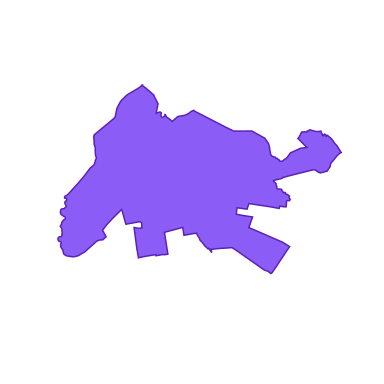 outline of Halmeu, Satu Mare, Romania, rotated 37°
{"feature_id": "2599482B67315502601683", "entity_name": "Halmeu", "entity_type": "district", "adm_level": 2, "iso_a3": "ROU", "parent_name": "Romania", "parent_adm1": "Satu Mare", "projection": "mercator", "projection_center": [23.064, 47.974], "detail": "fine", "context": "isolated", "style": "filled", "palette": "violet", "viewbox_px": 384, "rotation_deg": 37, "n_neighbors": 0, "source": "geoboundaries", "source_scale": "gbopen_adm2", "svg_char_len": 5895}
<svg xmlns="http://www.w3.org/2000/svg" viewBox="0 0 384 384"><g transform="rotate(37 192 192)"><path d="M111.8,301.6L113.0,302.8L113.5,304.1L113.9,304.5L114.4,304.9L114.6,305.7L114.4,306.4L113.2,307.3L112.9,308.1L112.7,308.9L112.9,309.8L113.6,310.6L114.6,311.3L115.7,311.4L116.0,311.3L116.9,310.7L117.5,310.7L117.8,310.9L118.2,311.6L118.4,312.4L118.8,313.1L119.8,314.3L120.2,314.7L121.2,315.2L123.4,316.0L124.6,316.8L125.9,318.0L126.8,318.6L128.0,318.8L128.7,318.6L129.2,318.7L130.4,318.4L135.3,315.8L136.3,315.1L137.6,313.8L139.1,311.9L140.0,310.3L141.1,307.4L142.3,304.8L145.6,288.4L146.9,286.2L149.6,283.8L150.3,279.4L143.6,276.4L143.6,269.3L144.3,262.5L144.7,259.4L146.3,248.4L147.3,248.9L158.6,257.5L168.1,247.2L170.3,246.9L173.6,251.0L170.7,253.4L167.1,255.2L181.2,269.6L183.3,271.7L184.5,272.6L186.1,274.3L187.5,275.5L188.8,276.8L191.3,273.8L194.1,270.8L200.8,263.8L201.6,264.6L206.7,259.1L207.4,259.0L210.2,256.2L194.3,240.8L195.7,238.9L203.4,229.1L204.1,228.1L204.8,227.2L205.6,226.2L206.0,225.9L211.6,231.4L213.6,229.4L213.6,229.2L217.2,225.4L217.7,224.7L220.5,222.2L221.8,223.0L223.6,223.8L225.5,224.4L225.8,224.5L227.3,225.6L227.9,225.8L228.7,225.9L229.6,225.9L233.0,226.8L234.3,227.3L236.5,227.5L238.9,227.8L239.1,227.0L244.3,228.5L242.9,227.3L241.4,226.6L247.1,221.3L254.3,215.1L256.4,213.2L257.6,212.4L257.8,212.3L261.7,212.0L282.4,211.3L295.8,210.9L297.6,210.6L299.6,209.8L300.2,209.7L301.5,209.6L303.9,209.7L304.4,208.8L304.5,208.5L304.5,207.7L304.1,199.2L303.8,194.8L303.6,190.8L303.4,188.0L303.4,186.9L303.0,181.5L303.0,180.2L302.8,176.9L294.5,177.6L277.0,181.8L267.4,184.1L258.8,186.2L258.7,185.7L257.7,182.5L257.4,181.8L255.4,175.5L247.9,179.5L240.8,183.1L237.4,177.5L246.3,172.6L244.4,167.0L264.4,156.2L271.5,152.7L270.6,150.5L275.0,148.1L276.1,147.1L273.3,142.8L273.0,142.4L272.9,142.1L273.0,141.9L273.2,141.6L273.8,141.0L274.6,140.7L275.0,140.4L275.1,140.0L274.9,138.9L274.7,138.7L273.4,138.3L272.9,138.0L272.6,137.6L272.2,136.6L271.8,136.5L270.8,136.6L270.0,136.6L269.4,136.6L269.0,136.8L268.7,137.2L268.3,137.3L267.9,137.1L267.3,136.6L266.8,136.3L266.7,136.3L266.3,136.5L266.1,136.7L265.7,137.3L265.3,137.6L265.1,137.6L264.5,137.1L264.1,136.9L263.1,136.9L262.9,136.8L262.4,136.1L262.1,136.0L261.3,136.2L260.0,137.0L259.3,137.7L258.3,138.1L258.1,138.2L257.6,138.0L257.4,137.7L256.3,136.5L255.9,136.1L255.7,136.0L254.9,135.9L254.6,135.6L254.3,134.9L254.1,134.7L253.2,134.5L252.3,134.6L252.2,134.5L251.7,134.4L251.3,134.5L250.7,134.2L250.1,133.8L255.8,126.8L255.8,126.6L255.7,126.6L255.6,126.0L263.7,115.8L272.7,104.7L273.0,104.3L273.2,103.9L273.4,103.9L273.9,103.2L275.7,101.1L276.1,100.8L276.8,100.3L277.5,100.3L277.7,100.2L279.6,100.1L279.4,100.0L280.8,99.9L282.2,99.8L282.9,99.6L283.9,98.4L285.1,97.1L285.4,96.6L286.4,95.0L287.3,94.3L287.3,93.3L287.3,92.7L287.0,91.2L287.0,90.9L287.2,89.7L287.1,88.9L286.2,86.8L285.6,85.6L285.6,84.1L285.8,83.4L286.0,76.3L286.7,72.1L287.5,70.7L283.0,69.0L279.6,67.7L279.3,67.7L276.4,67.2L273.8,66.2L272.4,66.0L271.3,65.9L271.3,65.5L266.9,65.3L266.2,65.3L266.1,65.2L265.6,65.6L265.6,65.8L265.6,66.3L265.8,66.5L265.6,66.8L265.3,66.5L264.5,66.0L263.1,65.9L262.9,66.7L262.7,67.2L263.2,67.6L263.1,68.2L261.9,68.0L258.3,65.8L256.5,67.7L253.8,69.5L248.6,71.4L248.3,73.1L247.3,74.0L247.8,74.7L247.2,75.4L246.6,75.7L245.9,76.0L244.2,77.6L243.5,78.1L244.4,83.4L244.4,85.6L246.9,85.8L247.3,85.9L257.0,87.3L252.3,91.8L247.5,100.8L247.1,101.1L247.0,101.9L247.1,102.6L247.1,105.3L247.2,106.1L247.2,106.9L247.0,108.3L246.0,111.2L245.9,111.9L245.5,113.3L244.8,113.6L243.6,114.5L242.9,114.5L242.3,114.0L241.6,113.9L241.1,114.1L240.4,114.1L239.9,113.9L238.8,114.5L238.1,114.2L237.4,114.1L235.9,114.9L233.8,115.2L233.2,114.9L232.4,114.8L228.5,111.2L227.5,110.1L225.2,108.2L224.0,107.3L219.6,105.8L217.9,105.2L203.0,107.3L194.6,113.8L188.6,118.3L179.5,120.0L145.9,125.8L144.9,125.8L144.3,125.7L144.3,126.0L143.7,126.7L142.7,128.5L142.5,129.5L142.1,130.9L141.7,132.0L140.3,134.7L139.9,135.3L139.2,136.0L137.3,138.0L136.1,139.2L135.6,139.9L135.2,140.7L134.9,141.4L134.7,142.7L134.1,145.6L133.9,147.1L133.9,147.4L133.6,147.6L132.8,147.4L131.5,147.3L128.3,147.3L126.5,147.4L125.9,147.3L125.0,146.6L124.5,146.4L124.1,146.3L123.8,146.4L124.2,147.3L124.3,148.1L124.2,148.9L124.0,149.5L123.2,150.2L122.6,150.4L122.0,150.4L121.5,149.9L120.9,149.2L120.4,148.3L120.0,147.3L118.7,147.2L118.4,147.3L118.0,147.7L116.3,150.0L116.1,150.6L115.7,150.1L111.8,142.0L103.8,138.1L103.5,137.6L95.6,137.0L91.4,136.8L87.8,136.8L87.8,136.7L87.4,137.1L87.7,137.6L87.7,137.9L87.6,138.5L86.8,141.0L85.7,143.8L82.3,151.9L82.0,152.8L81.6,154.1L80.5,160.9L80.5,161.8L80.5,162.9L80.6,163.9L81.5,169.5L81.7,170.1L81.8,170.6L83.7,174.5L85.6,178.8L84.2,185.4L83.0,190.4L79.5,205.1L79.9,205.5L79.9,205.9L79.9,206.4L80.2,206.9L80.7,207.4L81.5,208.4L82.1,209.2L82.8,209.5L83.1,209.8L83.2,210.0L83.5,210.7L83.5,210.8L83.6,211.0L84.0,211.2L84.2,211.4L84.7,212.2L84.9,212.5L85.6,213.0L86.4,213.7L87.5,214.4L87.9,214.7L89.9,217.3L90.6,218.1L92.0,219.8L92.8,220.7L95.2,222.3L95.4,223.1L95.6,223.9L95.8,225.1L96.3,225.7L96.6,226.4L96.7,226.7L96.8,227.5L97.3,228.8L97.4,229.3L97.4,229.5L96.9,231.3L96.3,234.4L96.3,244.6L95.7,254.2L94.3,269.2L93.0,272.2L93.4,273.0L93.8,273.4L94.3,273.5L95.8,272.8L96.1,272.9L96.7,273.5L96.9,274.0L96.8,274.5L96.5,275.9L96.5,276.3L96.7,276.8L96.9,277.2L97.3,277.5L97.9,277.9L98.7,278.3L99.5,278.5L99.9,278.8L100.1,279.0L100.2,279.5L100.3,279.9L100.2,280.6L100.0,281.0L100.0,281.7L99.8,282.2L99.4,282.7L98.5,283.5L98.0,284.3L97.9,284.8L98.0,285.5L98.4,286.3L99.3,287.7L100.0,288.2L100.7,288.6L101.5,288.7L103.0,288.7L103.9,288.7L105.0,288.3L105.4,288.3L105.9,288.6L106.8,289.3L107.0,289.8L107.0,290.2L106.8,290.6L106.3,291.5L106.2,292.1L106.2,292.8L106.4,293.9L106.3,294.7L106.5,295.1L106.9,295.7L107.1,296.1L107.3,298.2L107.4,298.6L107.7,298.8L109.5,299.3L110.1,299.6L110.5,299.9L111.1,300.9L111.8,301.6Z" fill="#8b5cf6" stroke="#5b21b6" stroke-width="1.5"/></g></svg>